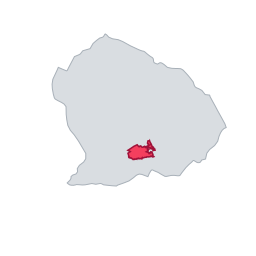 Umguza, Matabeleland North, Zimbabwe shown in context, rotated 295°
{"feature_id": "62879985B92853728292751", "entity_name": "Umguza", "entity_type": "district", "adm_level": 2, "iso_a3": "ZWE", "parent_name": "Zimbabwe", "parent_adm1": "Matabeleland North", "projection": "equal_earth", "projection_center": [27.996, -19.86], "detail": "fine", "context": "in_parent", "style": "filled", "palette": "rose", "viewbox_px": 256, "rotation_deg": 295, "n_neighbors": 0, "source": "geoboundaries", "source_scale": "gbopen_adm2", "svg_char_len": 5823}
<svg xmlns="http://www.w3.org/2000/svg" viewBox="0 0 256 256"><g transform="rotate(295 128 128)"><path d="M169.9,216.8L168.2,215.3L165.8,214.3L162.7,213.9L158.8,214.0L153.9,214.9L148.7,213.9L143.1,211.1L138.5,210.1L133.0,211.3L132.7,211.4L131.8,210.4L130.2,208.4L127.7,208.0L127.0,207.5L126.5,206.8L126.1,205.8L126.0,204.7L126.4,201.4L126.2,201.0L125.5,200.6L124.1,200.2L120.8,198.7L116.6,197.2L109.8,195.6L107.2,195.2L106.5,194.7L105.8,193.5L104.5,189.6L103.2,187.1L100.3,183.2L99.8,181.9L100.0,178.8L100.2,176.3L100.5,174.2L100.4,172.2L100.3,169.7L100.4,168.0L100.0,167.3L99.0,166.8L95.9,166.5L92.3,166.6L92.1,164.1L91.8,160.2L91.1,157.9L90.2,156.8L88.6,155.5L85.1,153.9L80.5,151.3L76.5,147.5L71.9,142.8L70.5,142.0L68.8,137.6L66.2,130.0L66.3,127.5L66.0,126.3L63.4,122.6L62.9,120.6L62.4,118.7L58.4,113.2L57.1,110.8L56.0,107.8L55.0,105.3L54.1,104.3L53.0,102.7L52.2,100.8L51.8,99.3L52.1,97.4L52.5,96.1L56.3,97.5L58.3,97.6L59.9,96.9L62.0,97.8L64.4,100.3L67.0,100.8L69.8,99.2L73.6,99.7L78.4,102.2L82.3,102.7L87.1,100.5L91.3,94.4L95.2,88.7L99.1,82.1L101.5,76.8L104.9,72.4L109.5,69.1L114.1,66.3L121.2,62.8L122.7,59.9L123.1,56.8L123.2,52.5L123.5,49.7L124.3,48.4L125.5,47.4L127.0,46.1L131.7,42.8L135.6,40.7L140.4,39.3L145.6,39.3L150.7,39.3L153.5,39.2L153.6,43.4L153.8,48.1L154.3,48.6L158.1,48.7L164.2,49.0L170.1,49.3L173.8,52.7L175.0,53.5L178.9,54.4L183.9,60.1L189.8,60.6L193.9,62.4L197.5,64.3L199.6,66.7L200.9,67.2L202.8,67.4L203.6,67.6L203.4,69.3L202.2,72.1L202.3,76.2L203.9,81.8L204.1,86.7L203.5,95.4L203.5,103.8L203.6,106.7L203.9,108.7L204.2,109.8L204.1,111.0L203.1,114.5L202.3,118.2L202.2,119.7L201.9,120.8L201.3,121.7L198.7,123.4L198.2,124.4L198.2,126.3L198.5,127.9L199.5,128.5L200.7,129.4L201.1,130.6L201.1,131.9L200.7,134.2L199.6,138.1L200.6,142.5L201.8,145.4L203.3,148.8L204.0,150.8L203.9,152.3L203.7,153.7L201.2,159.8L199.4,163.6L197.3,167.6L194.5,170.2L193.7,171.4L193.4,172.8L193.5,175.8L193.3,179.0L190.9,183.8L192.3,188.0L192.0,188.4L191.2,189.0L187.7,193.7L184.2,198.5L181.6,201.9L178.7,205.9L175.5,210.3L172.7,214.1L169.9,216.8Z" fill="#d9dde1" stroke="#a8b0b8" stroke-width="1"/><path d="M105.1,138.6L102.7,140.8L102.6,140.7L102.5,140.8L102.3,140.8L102.2,140.8L102.1,141.0L101.9,141.1L102.0,141.2L101.9,141.3L101.8,141.5L101.7,141.5L101.6,141.8L101.6,142.1L101.7,142.3L101.8,142.4L101.8,142.5L102.0,142.5L102.0,142.8L102.1,143.1L101.9,143.4L101.9,143.5L101.9,143.8L102.2,143.9L102.2,144.0L101.9,144.4L101.9,144.7L101.9,144.8L101.9,145.0L101.8,145.3L101.7,145.6L101.6,145.8L101.8,146.0L102.0,146.2L101.9,146.3L101.9,146.5L102.1,146.5L102.1,146.8L102.2,147.0L102.3,147.1L102.5,147.1L102.6,147.4L102.7,147.5L102.9,147.5L102.9,147.9L102.9,148.0L103.1,148.1L103.2,148.3L103.2,148.5L103.2,148.4L103.3,148.4L103.4,148.5L103.5,148.6L103.4,148.7L103.4,148.8L103.5,148.8L103.5,149.0L103.7,148.9L103.9,149.1L104.0,149.1L104.3,149.1L104.4,149.3L104.4,149.6L104.5,149.7L104.4,149.7L104.5,149.8L104.6,150.0L104.5,150.3L104.7,150.5L104.8,150.7L104.8,150.9L104.8,151.0L104.9,151.3L105.0,151.3L105.3,151.4L105.3,151.6L105.4,151.8L105.5,152.0L105.6,152.4L105.7,152.5L105.6,152.8L105.8,152.8L106.0,152.9L106.2,153.0L106.2,153.3L106.3,153.4L106.4,153.5L106.4,153.4L106.7,153.5L106.8,153.5L106.7,153.6L106.8,153.6L107.0,153.6L107.1,153.9L107.2,154.0L107.3,154.1L108.0,155.2L108.3,155.4L108.8,155.9L108.8,156.1L108.9,156.4L109.0,156.8L109.2,157.0L109.3,157.0L109.5,157.1L109.8,157.2L110.0,157.3L110.0,157.5L110.0,157.8L110.2,158.0L110.3,158.4L110.5,158.7L110.6,158.9L110.6,159.0L110.8,159.1L110.9,159.3L110.9,159.5L111.0,159.6L111.2,160.0L111.3,160.2L111.6,160.3L111.6,160.5L111.8,160.7L111.9,160.8L112.0,160.8L112.1,161.1L112.2,161.4L112.2,161.5L112.4,161.3L112.7,163.4L113.0,163.6L113.2,162.9L113.3,162.8L113.4,162.4L113.7,161.8L113.9,161.7L114.1,161.8L114.3,161.8L114.6,161.8L114.8,161.5L115.2,161.1L115.3,160.9L115.4,160.7L115.5,160.6L115.6,160.3L115.9,160.3L116.3,159.4L116.2,159.2L115.9,159.1L115.7,159.1L115.9,158.6L114.7,158.2L114.7,158.3L114.8,158.4L114.8,158.5L114.9,158.8L114.0,158.6L113.8,158.1L114.6,158.1L114.4,157.6L114.0,157.6L114.1,157.2L114.4,157.2L114.2,154.6L114.5,154.8L114.8,155.0L115.0,155.2L115.1,155.4L115.2,155.6L115.4,156.0L116.3,155.7L116.3,155.2L116.6,154.9L116.7,155.1L116.8,155.1L117.0,155.3L116.9,155.4L117.1,155.6L117.1,155.3L117.4,154.9L117.5,154.9L117.5,154.6L118.1,153.1L118.8,154.2L119.4,154.5L119.2,154.9L119.0,155.4L118.9,155.6L118.9,155.9L119.3,155.9L119.2,156.3L119.1,156.5L119.0,157.1L119.3,157.1L119.5,157.1L119.0,158.1L119.2,158.4L119.2,158.5L119.3,158.5L119.5,158.7L119.4,158.8L119.6,159.0L119.8,159.1L119.9,159.4L119.7,159.6L119.6,159.9L119.4,159.8L119.2,159.9L119.2,160.0L119.2,160.3L119.0,160.1L118.8,160.0L118.7,160.1L118.3,160.2L118.1,160.2L118.4,160.6L118.6,160.9L119.1,161.5L119.3,161.9L120.3,161.1L120.2,160.7L120.7,159.9L120.9,159.7L121.2,158.8L121.5,157.9L121.2,157.8L121.3,157.7L121.4,157.8L121.4,157.6L121.5,157.4L121.7,157.5L123.0,156.1L122.2,155.3L123.7,155.2L125.0,153.4L125.5,153.0L125.4,153.0L124.9,151.6L123.3,151.8L122.3,152.2L122.2,153.3L121.6,153.4L121.5,154.1L121.4,154.1L121.0,153.4L120.8,153.5L120.5,153.6L120.4,153.8L120.3,154.0L120.0,154.1L119.4,153.0L119.1,153.2L119.0,152.7L118.9,152.7L118.7,152.4L118.7,152.2L118.8,152.2L118.7,152.1L118.4,152.1L118.5,152.0L118.5,151.9L118.4,151.9L118.2,151.8L118.2,151.7L118.3,151.6L118.3,151.4L118.2,151.5L118.1,151.3L118.2,151.2L118.0,150.9L117.9,151.0L117.9,150.8L118.0,150.8L117.9,150.8L117.9,150.7L117.7,150.4L117.8,150.3L117.6,150.1L117.4,150.1L117.3,149.8L117.0,149.7L116.5,149.0L117.0,146.9L116.7,146.7L116.8,146.7L116.0,145.7L115.9,145.4L115.9,145.1L116.0,144.9L116.7,143.4L116.0,142.8L115.0,142.0L114.5,141.6L114.1,141.2L111.9,139.9L110.4,139.0L110.1,138.8L109.1,138.2L108.6,137.9L107.7,137.3L107.6,140.1L107.2,139.9L106.3,139.3L106.2,139.3L105.1,138.6Z" fill="#f43f5e" stroke="#9f1239" stroke-width="1.5"/></g></svg>